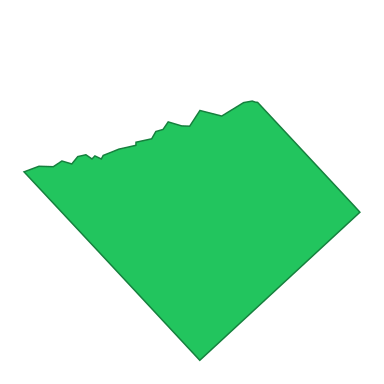 outline of Douglas, Colorado, United States of America, rotated 47°
{"feature_id": "52423323B5867445839727", "entity_name": "Douglas", "entity_type": "district", "adm_level": 2, "iso_a3": "USA", "parent_name": "United States of America", "parent_adm1": "Colorado", "projection": "mercator", "projection_center": [-105.087, 39.348], "detail": "fine", "context": "isolated", "style": "filled", "palette": "green", "viewbox_px": 384, "rotation_deg": 47, "n_neighbors": 0, "source": "geoboundaries", "source_scale": "gbopen_adm2", "svg_char_len": 594}
<svg xmlns="http://www.w3.org/2000/svg" viewBox="0 0 384 384"><g transform="rotate(47 192 192)"><path d="M177.1,301.0L230.6,301.0L320.4,301.1L321.3,83.0L314.0,82.9L273.2,82.9L261.3,82.9L227.0,82.9L223.4,82.9L200.5,82.9L171.2,82.9L169.5,84.4L166.6,85.9L161.8,93.3L156.7,118.5L137.8,130.6L142.3,148.8L136.6,154.5L124.5,161.6L126.5,170.5L123.1,177.2L125.6,185.2L117.4,199.0L119.6,201.2L110.8,216.2L104.7,232.0L106.0,235.8L99.4,238.4L99.6,242.6L92.4,244.2L88.2,251.4L89.5,260.8L80.6,266.0L78.9,276.2L68.8,286.4L62.7,301.1L177.1,301.0Z" fill="#22c55e" stroke="#15803d" stroke-width="1.5"/></g></svg>